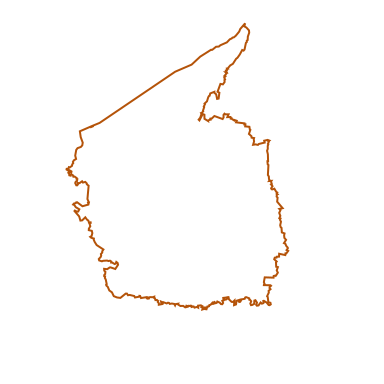 Klaten, Jawa Tengah, Indonesia (Robinson projection), rotated 67°
{"feature_id": "22746128B24447956326165", "entity_name": "Klaten", "entity_type": "district", "adm_level": 2, "iso_a3": "IDN", "parent_name": "Indonesia", "parent_adm1": "Jawa Tengah", "projection": "robinson", "projection_center": [110.611, -7.675], "detail": "fine", "context": "isolated", "style": "outline", "palette": "amber", "viewbox_px": 384, "rotation_deg": 67, "n_neighbors": 0, "source": "geoboundaries", "source_scale": "gbopen_adm2", "svg_char_len": 6087}
<svg xmlns="http://www.w3.org/2000/svg" viewBox="0 0 384 384"><g transform="rotate(67 192 192)"><path d="M57.5,77.2L60.8,83.9L62.8,85.9L65.3,90.7L66.0,93.1L65.7,94.4L66.2,95.5L66.2,97.5L67.9,101.4L68.0,108.5L68.6,110.5L67.7,113.1L68.9,117.3L69.0,118.2L68.5,118.8L70.6,131.5L74.6,142.6L74.7,160.5L92.3,250.1L92.2,257.7L92.8,257.7L92.8,259.6L92.2,259.6L92.3,271.5L98.0,273.0L103.9,273.3L106.2,274.8L107.1,276.7L106.9,280.2L108.0,282.1L112.9,285.3L116.3,285.8L116.7,288.4L117.8,289.9L119.0,290.0L119.8,291.5L121.0,292.2L121.6,294.9L121.0,295.6L122.2,296.7L121.7,298.3L122.3,298.7L124.0,297.6L124.1,296.7L125.1,297.2L125.1,295.5L126.0,294.9L127.0,295.6L126.3,296.5L126.2,298.3L127.8,298.0L128.7,298.4L129.4,297.5L128.6,297.2L129.1,295.8L130.0,295.1L131.6,295.2L131.8,294.1L134.1,292.7L134.7,293.1L135.3,292.5L137.0,293.6L137.0,294.9L138.1,296.0L140.6,295.9L141.0,295.2L140.5,294.1L139.1,293.6L139.9,292.1L139.2,289.0L140.7,288.7L141.0,286.3L143.0,285.5L143.8,285.8L145.8,284.7L157.6,291.0L161.0,291.0L161.2,292.7L161.6,291.2L163.1,292.3L162.3,298.4L156.5,301.8L156.3,302.7L156.8,303.2L156.5,305.3L157.1,306.3L158.0,305.4L160.6,304.9L163.9,302.5L165.5,304.4L165.1,305.7L163.3,307.1L163.6,307.6L170.4,305.4L174.7,305.9L175.2,304.2L173.6,300.1L176.3,299.5L177.8,298.6L180.0,298.8L180.3,297.2L180.8,297.3L180.6,298.6L183.8,299.0L185.5,301.3L186.8,301.9L188.6,299.4L190.9,299.8L193.3,301.6L193.5,303.2L194.8,302.6L196.5,300.5L197.5,301.1L199.9,301.1L203.6,300.5L210.3,296.0L211.5,297.8L212.7,298.3L213.5,300.1L215.0,300.4L216.1,301.4L217.3,304.0L218.7,304.2L220.6,302.0L220.6,300.7L221.9,297.0L222.9,295.9L223.2,294.3L224.4,293.5L225.3,294.0L225.7,293.1L228.1,291.3L228.1,290.2L226.8,289.0L228.2,288.2L230.1,288.5L232.9,292.7L229.5,296.5L229.3,297.3L229.9,300.2L228.4,302.9L230.1,303.5L231.6,302.9L233.6,304.0L234.2,305.3L235.2,305.7L235.8,305.0L237.1,305.8L238.9,305.6L243.5,306.5L243.7,307.2L244.6,307.4L246.4,306.6L250.3,306.6L253.1,304.9L257.3,304.7L259.8,302.2L261.5,299.3L259.6,292.7L260.1,291.6L262.0,291.3L262.4,289.6L265.2,285.8L266.8,285.7L267.8,281.2L267.1,280.9L267.4,280.4L269.7,280.4L271.1,274.6L271.7,273.9L272.3,275.0L272.7,274.8L273.2,273.3L272.3,272.4L272.4,271.7L273.5,269.2L273.6,267.7L274.6,268.3L275.1,267.7L277.2,267.9L277.6,266.5L279.0,265.8L279.7,266.5L281.4,266.0L282.8,266.6L283.4,263.8L280.8,263.3L281.8,262.4L283.0,263.0L283.4,262.6L282.3,261.4L284.7,258.8L284.5,257.4L285.1,256.5L286.3,256.2L286.8,254.1L288.1,252.1L289.8,251.9L288.8,250.9L289.4,248.5L289.8,249.0L292.4,247.2L293.4,244.6L295.4,243.4L295.2,242.2L294.5,241.6L294.8,241.2L295.8,241.8L296.0,240.4L295.5,239.3L296.3,238.3L296.1,237.6L296.6,236.9L297.7,237.2L298.0,235.2L299.4,234.9L299.7,232.4L300.9,231.5L299.0,230.8L299.8,228.1L301.3,227.0L301.7,228.2L302.7,227.3L304.2,228.4L304.3,227.3L303.3,225.1L304.2,224.2L304.2,225.5L304.9,225.7L305.6,224.5L303.4,222.7L303.8,220.9L302.9,220.3L303.1,219.0L302.3,217.3L302.8,217.5L303.3,216.0L302.3,215.6L301.9,214.4L302.3,214.1L303.3,214.5L303.6,213.7L303.7,212.6L302.7,211.5L304.7,209.7L306.5,209.1L307.1,208.0L306.3,206.7L304.0,206.6L304.1,205.3L301.7,204.6L302.1,203.2L303.9,204.1L304.3,202.6L303.8,200.5L303.2,200.5L302.6,201.1L302.8,200.1L303.0,199.5L305.2,199.9L308.6,198.5L309.2,197.3L308.5,195.4L312.6,197.5L312.7,195.4L309.5,193.5L309.8,190.7L310.6,191.8L311.7,191.5L311.9,190.5L311.0,189.3L310.0,189.3L310.9,185.2L309.9,184.3L309.9,183.3L312.2,180.9L313.5,181.3L313.8,180.7L315.7,180.2L317.5,181.9L319.2,181.9L319.5,180.8L319.3,178.5L316.3,177.0L316.4,175.9L319.2,175.4L320.9,177.0L322.0,176.7L322.4,175.1L320.5,172.0L322.1,171.3L322.2,169.7L321.7,169.1L320.2,169.0L320.2,168.4L322.9,166.5L326.0,165.6L326.5,164.8L326.2,163.4L324.6,163.1L323.4,164.8L318.2,163.3L317.3,163.6L314.6,160.6L312.9,160.1L312.1,157.7L310.8,158.2L309.8,157.7L309.2,155.9L308.5,156.2L305.8,162.2L305.3,161.9L305.2,161.1L303.1,161.1L299.0,158.4L302.7,150.4L301.2,149.6L301.5,147.9L301.9,147.7L301.5,147.0L299.8,144.5L297.2,144.6L294.7,142.3L293.7,143.7L289.6,142.2L289.1,141.2L286.0,142.6L284.8,141.5L285.4,139.8L284.7,139.3L285.5,137.1L282.9,135.9L286.5,130.8L285.0,129.9L285.4,129.2L283.8,126.5L282.4,127.6L281.3,125.8L280.6,125.6L278.5,126.3L276.1,126.3L275.0,127.3L272.8,124.1L270.3,124.9L267.8,124.1L266.3,123.0L264.3,125.1L260.0,123.6L259.0,124.1L257.0,123.8L254.1,121.7L251.9,121.9L251.0,120.9L250.2,121.8L248.5,120.0L245.3,119.9L243.2,117.6L241.7,118.2L242.3,114.9L234.2,117.4L230.6,115.4L229.3,115.9L227.7,115.0L227.6,114.2L226.7,114.8L225.8,113.7L224.8,114.4L221.1,114.9L221.1,116.7L220.6,117.6L219.5,117.7L218.1,115.6L215.9,116.3L215.8,115.4L213.3,115.2L212.8,114.5L212.0,116.8L211.4,115.9L210.2,116.1L207.7,115.2L206.0,115.5L197.0,111.1L196.2,111.5L193.8,110.8L193.1,110.5L193.3,109.9L186.9,107.4L183.4,106.8L181.9,105.4L179.2,104.3L177.9,103.1L177.3,103.3L175.8,101.7L175.2,101.9L174.9,100.7L173.6,102.0L173.0,105.5L174.9,105.8L173.9,111.7L174.4,112.9L173.0,114.9L172.4,117.3L169.7,115.1L167.4,114.5L166.6,113.8L165.3,115.9L163.8,115.5L160.8,116.9L157.7,114.1L157.4,114.4L154.4,113.7L152.4,117.4L150.6,116.4L150.2,117.4L149.3,116.9L145.1,124.2L143.9,123.0L142.2,124.9L142.6,125.2L140.5,126.7L139.6,126.7L139.5,127.7L138.0,127.3L136.9,130.2L134.8,128.0L133.6,130.9L132.6,131.5L133.4,132.9L135.7,133.8L136.8,135.3L130.8,141.7L132.1,145.1L131.8,145.8L132.5,146.4L131.9,146.8L132.5,147.4L132.4,149.4L132.9,149.5L129.5,151.9L125.7,150.4L124.4,151.7L129.0,157.2L128.0,157.6L126.8,155.4L123.9,152.8L123.1,152.8L123.4,152.2L122.9,152.2L122.2,150.2L121.4,150.1L118.6,147.6L118.0,147.8L116.2,145.7L115.5,145.9L114.4,142.8L111.2,140.1L110.3,139.0L110.3,138.2L108.4,136.7L108.5,132.3L109.3,132.7L111.5,131.6L116.1,132.5L116.4,131.0L111.3,128.0L109.7,129.3L103.6,123.6L105.0,121.5L103.5,119.0L101.6,118.4L101.4,117.6L99.3,117.6L98.6,116.1L97.8,116.8L96.3,113.8L95.0,114.3L95.6,113.2L93.4,113.3L93.4,112.1L92.0,111.7L92.6,110.5L91.9,110.3L90.4,107.3L90.0,104.3L86.6,99.3L86.2,97.7L84.1,94.3L80.9,90.3L82.0,89.3L81.4,88.0L75.8,84.1L75.4,83.0L74.1,82.4L73.9,81.4L70.8,79.9L67.7,77.1L65.5,76.4L61.8,77.7L60.0,79.1L57.5,77.2Z" fill="none" stroke="#b45309" stroke-width="2"/></g></svg>